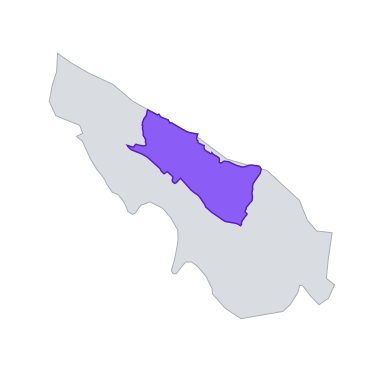 location of Mount Lebanon within Lebanon, rotated 98°
{"feature_id": "LBN-3025", "entity_name": "Mount Lebanon", "entity_type": "Province", "adm_level": 1, "iso_a3": "LBN", "parent_name": "Lebanon", "parent_adm1": "", "projection": "robinson", "projection_center": [35.671, 33.864], "detail": "fine", "context": "in_parent", "style": "filled", "palette": "violet", "viewbox_px": 384, "rotation_deg": 98, "n_neighbors": 0, "source": "natural_earth", "source_scale": "10m", "svg_char_len": 3055}
<svg xmlns="http://www.w3.org/2000/svg" viewBox="0 0 384 384"><g transform="rotate(98 192 192)"><path d="M212.9,47.6L240.9,47.7L258.9,46.9L264.1,38.0L278.2,42.0L286.0,50.6L279.0,59.5L269.0,69.8L269.6,72.4L277.0,73.3L289.7,78.9L297.6,85.4L310.6,125.9L302.7,142.6L290.2,157.5L284.7,158.8L273.8,166.2L264.6,176.4L261.4,182.8L262.2,188.7L275.1,196.2L275.5,199.3L272.8,201.6L262.4,200.0L248.9,199.2L240.9,199.2L231.6,200.8L219.9,209.9L214.6,215.9L211.8,219.8L207.6,232.3L212.3,240.8L221.2,245.6L222.4,248.1L220.5,252.4L211.7,257.8L205.1,264.4L203.2,271.1L195.9,277.6L191.3,280.6L182.7,289.5L174.2,296.6L156.9,307.7L153.0,314.3L149.2,308.3L141.7,312.4L135.4,337.5L122.1,346.0L105.7,345.2L91.9,342.8L73.4,344.4L80.9,329.8L88.7,310.7L96.5,285.1L110.1,263.8L138.3,191.5L154.5,162.2L160.3,120.7L185.4,84.4L204.1,73.7L213.2,63.3L212.9,47.6Z" fill="#d9dde1" stroke="#a8b0b8" stroke-width="1"/><path d="M144.3,186.4L145.8,186.5L148.1,185.7L149.1,184.4L150.6,180.6L151.5,179.0L151.5,178.2L151.3,177.9L150.3,177.8L151.7,176.2L153.6,171.6L154.8,169.7L155.8,169.4L158.5,169.3L159.2,168.5L159.1,166.8L158.3,165.9L157.5,165.3L157.0,164.6L156.9,159.9L159.5,151.5L160.3,145.5L159.7,143.3L157.5,139.1L157.0,136.3L157.0,129.8L157.5,128.4L159.7,126.7L159.8,126.6L160.0,126.7L164.1,127.1L174.8,132.5L177.7,132.9L178.3,132.8L180.6,132.3L184.6,132.5L185.3,132.4L186.4,131.9L188.4,131.5L190.6,131.2L191.8,131.3L192.6,131.6L194.7,133.1L195.9,133.7L199.1,135.7L200.0,136.0L201.2,135.9L202.2,136.4L203.4,136.7L203.8,136.7L204.2,136.6L204.6,136.4L204.9,136.1L205.3,135.1L205.7,134.6L206.1,134.5L206.5,134.5L207.4,134.8L207.7,135.0L208.6,135.8L213.9,138.4L215.0,138.6L216.0,138.7L217.0,138.4L218.6,139.2L217.3,142.4L217.0,143.7L216.5,155.4L209.3,169.7L204.8,176.5L202.9,177.4L195.7,183.9L193.9,186.1L193.8,186.6L193.1,188.2L190.4,192.9L179.9,205.3L185.2,209.1L185.9,210.5L184.9,212.2L184.5,212.6L184.1,212.9L183.6,213.1L183.1,213.1L182.7,213.2L180.8,213.0L179.6,213.0L175.2,219.4L177.7,221.9L177.8,222.3L177.6,222.8L176.3,224.3L175.5,225.4L174.9,225.9L173.3,226.8L164.0,240.7L163.0,242.8L161.1,247.7L158.9,256.9L158.5,258.1L158.0,259.0L156.8,260.7L156.2,261.4L154.8,262.6L155.7,257.1L155.6,256.6L155.4,255.9L154.8,255.6L154.0,255.4L153.5,255.0L152.7,254.3L152.5,253.7L152.6,253.2L152.9,252.0L153.0,250.4L153.1,246.5L152.6,245.0L152.0,244.0L151.3,243.9L150.7,244.1L150.2,244.3L149.8,244.7L149.5,244.9L149.1,245.0L148.7,245.0L147.2,245.3L146.5,245.3L146.1,245.4L145.8,245.5L145.6,245.8L145.5,246.1L145.3,246.3L145.0,246.4L144.3,246.6L144.1,246.8L143.8,247.4L143.5,247.6L142.8,248.2L142.4,248.3L141.7,248.3L140.6,248.6L139.8,248.6L139.4,248.6L138.8,248.8L138.5,249.0L136.6,249.7L135.4,250.0L133.9,249.9L133.4,249.9L133.2,250.1L133.0,250.4L132.8,250.7L132.1,250.6L130.4,250.7L126.4,249.9L122.3,247.8L117.5,247.6L116.7,247.3L120.5,237.0L119.5,235.6L122.0,233.5L123.9,225.6L126.6,223.9L126.5,221.5L132.9,206.1L133.5,202.3L133.8,194.3L136.9,195.0L139.0,194.9L139.6,194.5L140.2,193.6L140.6,193.2L142.4,193.0L144.2,187.3L144.3,186.4Z" fill="#8b5cf6" stroke="#5b21b6" stroke-width="1.5"/></g></svg>